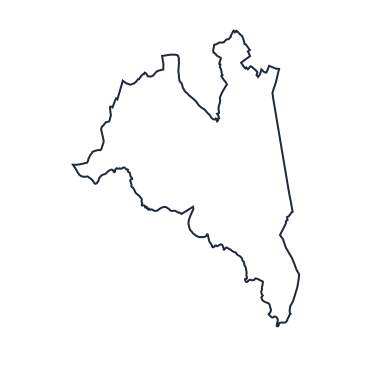 Di An, Bình Dương, Vietnam (Equal Earth projection), rotated 168°
{"feature_id": "81297802B25090486882402", "entity_name": "Di An", "entity_type": "district", "adm_level": 2, "iso_a3": "VNM", "parent_name": "Vietnam", "parent_adm1": "Bình Dương", "projection": "equal_earth", "projection_center": [106.783, 10.917], "detail": "fine", "context": "isolated", "style": "outline", "palette": "slate", "viewbox_px": 384, "rotation_deg": 168, "n_neighbors": 0, "source": "geoboundaries", "source_scale": "gbopen_adm2", "svg_char_len": 6055}
<svg xmlns="http://www.w3.org/2000/svg" viewBox="0 0 384 384"><g transform="rotate(168 192 192)"><path d="M142.5,56.6L141.1,54.3L140.2,53.0L139.7,52.6L139.2,52.5L137.7,53.0L137.1,53.0L136.2,52.7L135.6,52.1L135.0,51.1L134.7,50.0L134.7,49.1L134.9,48.0L136.1,45.8L136.8,44.2L137.0,43.5L136.4,42.8L135.7,42.8L135.3,43.1L134.9,43.7L134.4,45.0L133.9,45.5L133.3,45.8L131.8,45.8L129.4,45.1L128.2,45.0L127.5,45.2L126.6,45.7L125.7,46.5L124.8,48.2L124.1,49.0L123.3,49.6L122.4,51.3L120.9,52.3L121.3,53.0L121.4,53.6L121.4,54.4L120.9,56.5L119.9,59.3L118.8,60.8L115.9,64.1L108.7,77.1L105.9,84.3L104.3,88.9L106.0,94.5L106.9,100.9L108.0,106.8L111.7,117.9L112.9,127.1L114.9,131.6L107.6,140.5L106.5,142.4L106.5,142.8L106.1,144.0L105.7,144.4L104.4,144.7L104.3,147.6L102.5,148.1L100.6,149.7L99.1,151.2L97.7,151.6L97.3,163.7L97.3,169.2L93.1,267.6L92.7,272.2L92.0,273.6L86.9,282.3L83.0,290.7L81.2,294.3L83.4,295.0L84.0,295.0L90.3,299.4L93.9,294.0L94.7,293.4L94.9,293.4L97.0,294.8L97.9,296.6L98.7,297.5L100.8,293.2L103.4,290.8L104.6,293.0L103.1,295.4L104.1,297.4L107.4,301.9L108.3,302.8L108.8,302.8L111.8,300.4L113.1,302.6L114.2,301.8L115.0,303.1L117.1,308.3L106.9,312.9L108.1,317.9L105.9,318.9L108.7,325.2L109.0,325.5L109.7,325.7L109.9,325.9L109.8,328.0L110.0,331.0L110.3,333.0L110.8,334.4L112.9,337.2L114.1,339.4L114.3,339.7L114.8,339.5L115.4,340.5L116.8,339.3L117.4,340.8L117.9,341.2L121.8,336.4L121.7,335.9L124.3,333.9L124.9,333.8L126.1,334.1L126.6,334.0L127.6,333.5L129.8,331.8L130.3,332.0L131.5,331.8L133.7,332.5L134.2,332.5L135.2,332.3L137.2,331.5L139.7,331.4L140.2,329.8L141.8,326.4L141.9,325.6L141.9,323.8L141.5,323.7L140.2,322.0L139.6,320.5L135.9,317.1L136.9,314.9L138.1,313.2L138.7,311.6L138.7,311.4L137.7,310.9L138.0,310.0L138.8,308.7L138.8,308.4L138.2,306.7L138.1,303.7L138.3,301.6L137.8,300.0L139.2,299.3L137.9,295.7L136.1,292.1L135.5,289.8L136.9,288.6L141.5,283.6L144.1,280.0L145.2,278.3L145.4,275.5L146.2,273.4L148.1,270.1L148.8,268.0L149.0,264.6L149.2,263.6L151.2,263.3L150.4,261.4L150.3,260.7L150.2,258.4L151.8,258.3L151.8,256.4L152.7,255.9L153.0,257.3L153.6,258.8L154.8,258.1L156.4,259.1L157.2,260.0L157.9,261.2L158.4,263.0L158.8,263.9L160.4,266.0L162.4,269.9L165.2,272.6L167.1,275.0L167.6,275.9L168.8,278.9L170.4,281.6L175.1,287.6L176.0,289.2L177.9,291.8L179.1,295.3L179.3,296.2L179.4,299.6L179.6,300.5L180.5,301.9L181.0,302.9L181.1,303.5L181.1,304.8L180.8,307.9L180.4,310.3L180.3,312.8L178.0,320.7L177.7,322.2L177.4,324.3L177.1,325.1L177.1,326.3L177.4,327.6L177.5,328.6L179.9,329.8L184.5,330.8L193.0,331.3L193.3,323.6L194.6,317.8L200.0,317.6L201.7,317.1L206.1,313.8L208.5,313.5L211.3,314.5L211.6,316.0L212.2,317.3L212.7,318.1L213.5,318.6L214.6,317.2L215.6,317.4L216.2,317.1L218.5,315.3L220.4,313.3L221.3,313.6L223.3,311.8L225.0,310.8L226.1,310.3L227.6,310.2L229.4,309.8L230.2,309.8L233.9,312.2L234.9,313.2L236.5,315.3L245.7,298.1L246.8,299.4L248.5,297.0L252.1,291.3L253.1,292.3L254.1,292.5L254.6,292.0L255.2,287.1L255.4,283.7L256.5,281.8L257.5,279.6L258.5,278.2L261.9,278.1L264.9,275.5L266.7,274.5L267.8,272.4L267.9,270.0L267.7,264.0L267.8,260.0L268.3,258.8L271.5,253.2L272.8,252.0L275.1,252.5L277.2,252.5L281.0,252.0L282.1,250.6L283.7,249.4L286.5,245.8L287.2,244.0L288.8,242.4L296.5,242.4L299.4,242.7L302.8,243.4L300.9,238.7L299.5,234.3L298.7,232.4L297.4,230.9L295.6,229.7L294.4,229.3L290.9,228.9L287.7,225.5L286.5,223.3L285.8,221.3L285.4,220.6L284.7,220.1L283.3,220.4L281.1,222.5L280.1,224.7L278.3,226.2L276.8,227.1L275.6,227.5L273.3,227.6L272.2,228.1L270.5,229.3L268.1,230.4L266.7,230.6L266.0,230.6L265.4,230.4L264.9,229.8L264.4,228.1L264.1,227.6L263.7,227.6L263.0,228.2L262.5,229.8L261.7,230.2L261.2,230.9L260.8,230.9L259.3,230.1L258.3,230.0L258.0,230.2L256.8,229.5L256.1,229.5L254.6,230.1L252.9,230.0L252.4,229.3L251.9,228.3L251.4,227.8L250.2,227.4L250.0,227.0L250.0,226.8L250.4,226.3L250.3,225.2L249.0,223.8L248.8,223.3L248.9,221.1L248.8,220.0L247.7,217.8L247.8,217.3L248.1,217.0L249.4,216.9L249.6,216.7L250.2,215.6L249.9,214.4L249.7,213.0L249.7,211.6L250.0,210.6L250.1,209.8L249.9,209.4L248.9,208.5L248.4,207.6L247.5,203.6L246.7,202.0L244.1,198.8L243.2,196.7L242.8,196.1L242.6,195.4L242.7,194.8L243.3,193.6L243.3,193.0L243.0,191.4L243.2,190.9L243.7,190.3L243.8,189.7L243.6,189.1L243.2,189.0L241.9,189.0L241.3,188.6L241.0,187.8L241.1,187.0L241.0,186.7L240.6,186.7L239.9,187.2L239.4,187.0L239.3,186.6L239.4,186.3L239.9,186.3L240.0,186.2L239.8,185.7L239.0,184.9L238.5,183.9L238.3,183.9L237.9,184.6L237.6,184.8L237.4,184.5L237.2,183.8L237.0,183.4L236.6,183.2L236.0,183.4L235.2,183.4L234.7,183.2L233.2,181.7L232.7,181.4L231.5,181.1L230.0,181.0L229.2,181.2L228.4,181.9L227.4,182.0L225.8,182.8L224.9,183.0L223.5,183.2L221.4,183.0L220.7,182.7L218.5,180.6L216.8,178.3L215.8,177.7L213.2,177.3L212.2,177.0L209.9,174.8L209.4,174.5L208.5,174.4L208.1,174.2L206.9,172.7L194.1,177.3L194.2,175.0L194.7,174.3L198.0,169.9L200.9,165.3L201.4,163.7L201.9,162.9L202.1,160.1L202.0,157.1L201.8,155.7L199.4,151.0L196.4,147.7L194.4,146.5L191.2,145.7L188.8,145.5L187.1,146.1L186.3,147.4L185.6,147.4L185.4,146.8L185.4,143.4L185.4,141.0L185.2,139.7L184.1,136.9L183.5,135.1L183.6,134.1L183.3,133.7L182.2,133.6L181.6,133.8L180.5,134.7L179.6,134.7L179.0,133.9L178.3,133.7L176.4,134.4L174.6,134.8L173.7,134.4L173.1,132.9L172.9,131.8L172.9,129.0L172.4,128.9L170.4,130.5L169.7,130.5L165.9,127.3L165.4,126.4L163.6,124.7L161.7,123.6L160.9,121.4L157.9,118.6L157.1,117.0L156.8,114.5L156.6,113.9L155.7,112.8L155.7,111.9L155.9,111.3L155.9,110.2L155.9,109.2L155.4,108.2L155.2,107.1L155.2,103.4L155.4,101.6L155.7,100.5L156.1,99.9L156.1,98.7L156.0,97.2L156.3,96.1L156.9,95.7L157.9,96.0L158.4,95.4L158.1,93.4L157.7,92.8L156.9,92.5L155.4,93.3L155.0,93.7L154.4,93.9L153.8,94.0L152.6,93.8L151.3,93.1L150.6,93.0L149.7,93.0L148.9,93.5L148.5,94.0L147.5,94.2L145.9,93.3L141.3,89.6L142.4,86.2L143.1,85.0L143.6,83.6L143.7,82.2L144.6,81.0L144.9,80.3L145.1,79.3L145.0,77.6L144.3,76.0L145.2,75.2L145.8,74.9L146.1,74.5L145.7,71.7L144.8,70.5L143.5,69.2L141.9,68.3L140.0,66.9L139.5,65.3L139.5,62.6L139.2,60.7L139.4,59.8L139.7,59.1L140.9,57.6L142.5,56.6Z" fill="none" stroke="#1e293b" stroke-width="2"/></g></svg>